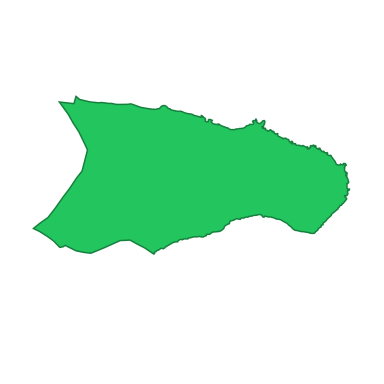 Mrémani, Andjouân, Comoros (Equal Earth projection), rotated 285°
{"feature_id": "10938185B83207987774368", "entity_name": "Mrémani", "entity_type": "district", "adm_level": 2, "iso_a3": "COM", "parent_name": "Comoros", "parent_adm1": "Andjouân", "projection": "equal_earth", "projection_center": [44.513, -12.33], "detail": "fine", "context": "isolated", "style": "filled", "palette": "green", "viewbox_px": 384, "rotation_deg": 285, "n_neighbors": 0, "source": "geoboundaries", "source_scale": "gbopen_adm2", "svg_char_len": 6111}
<svg xmlns="http://www.w3.org/2000/svg" viewBox="0 0 384 384"><g transform="rotate(285 192 192)"><path d="M115.7,48.3L114.4,55.1L111.3,64.9L108.8,71.2L104.3,78.6L105.7,81.6L107.6,83.3L105.2,95.3L105.7,103.4L106.7,110.2L115.4,121.6L126.5,135.2L129.5,144.6L127.6,152.2L125.7,160.9L122.2,171.1L122.8,171.8L123.5,171.3L124.2,171.4L125.3,172.8L126.3,173.3L127.7,175.2L129.3,176.3L129.6,176.7L129.7,178.4L129.9,179.1L130.7,179.9L132.1,180.7L137.5,186.0L138.5,187.2L138.8,187.8L139.4,188.5L140.2,191.1L141.1,191.1L141.7,191.5L142.8,192.6L143.2,193.2L143.5,195.2L144.8,196.7L145.4,199.5L145.8,200.3L146.4,200.3L146.9,200.9L147.2,202.1L148.4,203.9L148.9,204.9L149.5,206.4L149.8,208.1L150.9,210.3L151.1,213.1L151.5,214.5L151.9,215.1L152.5,215.3L152.8,216.1L153.7,217.2L155.0,217.1L155.6,219.7L156.5,220.7L157.6,221.4L158.6,222.3L160.9,228.4L161.1,228.9L162.3,230.2L164.7,232.0L165.4,232.2L167.0,232.3L167.9,232.7L170.0,234.6L171.1,236.3L173.5,236.2L174.1,237.0L175.5,239.5L177.4,241.5L177.8,242.2L177.9,244.9L178.3,245.9L179.1,245.9L179.8,246.7L180.4,249.2L181.5,250.0L181.9,250.9L182.1,252.5L182.7,253.1L183.3,253.5L183.7,254.9L184.2,255.5L184.4,256.5L185.4,257.6L186.2,260.4L187.0,261.4L187.7,262.9L187.8,264.3L187.7,265.1L186.3,266.9L186.2,267.4L186.4,268.1L186.9,268.4L187.3,268.3L187.5,268.6L187.6,269.9L187.7,272.7L188.2,274.1L188.2,277.6L188.1,279.0L187.8,279.8L187.8,281.1L188.1,282.7L188.1,285.1L187.0,288.9L186.4,291.8L184.6,294.9L184.2,296.4L182.6,298.8L181.7,301.2L181.8,302.7L182.0,303.6L182.0,307.8L182.5,309.9L183.0,315.4L182.8,316.6L183.1,318.9L183.7,320.6L184.1,321.0L184.7,321.4L185.6,321.6L187.4,323.1L188.0,323.4L189.2,323.5L190.9,324.8L191.6,325.7L192.4,325.6L193.1,325.2L193.7,326.0L194.2,327.0L194.8,327.0L195.7,326.6L198.0,328.4L199.3,329.1L200.5,329.4L205.3,332.5L206.7,332.6L213.5,337.4L214.8,337.4L215.7,338.2L217.0,338.3L217.9,339.7L218.2,339.9L218.7,339.9L218.9,340.2L219.4,340.2L220.4,341.1L225.2,343.2L225.5,343.2L226.4,342.2L226.9,341.0L227.5,340.4L228.0,340.5L228.3,340.9L228.3,342.1L228.6,342.5L230.7,343.1L231.3,342.5L232.3,342.4L232.8,342.1L233.0,341.9L233.6,341.9L234.0,342.4L234.1,343.0L234.5,343.3L235.5,343.4L235.6,343.0L234.9,341.9L235.7,341.0L236.3,340.6L237.5,340.1L238.9,340.0L239.9,339.4L241.3,340.7L242.3,340.8L242.7,340.3L245.1,339.0L246.4,337.5L247.2,336.9L247.3,337.5L247.6,337.6L248.1,336.2L249.2,336.2L249.4,337.1L249.6,337.2L250.7,336.7L251.0,336.3L250.9,336.1L250.3,336.0L250.2,335.8L251.4,334.5L252.0,334.2L252.2,333.7L254.1,333.4L255.2,332.8L255.6,333.2L256.0,333.3L257.1,332.7L257.3,332.9L257.7,334.0L257.9,334.0L258.4,333.2L259.0,333.0L259.1,332.6L259.0,331.7L258.7,330.9L258.1,330.8L257.6,331.0L257.3,330.7L257.1,329.1L257.4,328.2L256.4,327.7L256.0,327.2L255.9,325.9L256.2,324.4L256.6,323.7L258.4,322.5L259.7,320.7L262.5,317.3L263.2,316.9L263.3,316.3L262.9,315.6L262.7,314.4L263.1,313.1L263.8,312.7L264.1,312.9L264.6,312.4L264.8,312.6L265.0,312.2L264.4,311.8L264.3,311.6L264.5,311.3L264.4,309.5L264.7,309.1L265.1,309.1L265.4,308.7L264.8,307.6L264.7,307.0L265.6,306.1L265.7,305.8L265.7,305.3L266.4,304.9L266.7,304.5L267.2,304.4L267.3,303.8L267.1,303.2L266.1,303.3L266.0,302.4L267.2,299.6L267.6,299.6L268.2,299.9L268.5,299.7L268.6,299.1L267.6,298.6L267.5,298.3L267.7,298.1L268.6,298.0L268.7,297.3L268.2,297.0L268.1,296.2L267.4,296.1L267.5,294.7L267.1,294.4L266.6,294.5L265.6,295.0L265.4,294.8L265.0,294.1L264.4,294.0L263.7,293.4L263.5,292.9L263.7,292.4L264.1,292.3L265.0,292.4L265.5,292.0L265.5,291.6L264.5,291.5L265.6,287.5L265.6,287.0L264.7,286.5L264.9,284.3L264.8,283.1L264.4,281.7L264.2,280.5L264.8,279.8L265.4,279.5L265.4,279.2L265.0,278.3L265.3,277.6L265.3,277.1L264.5,276.6L264.5,276.2L265.3,275.8L266.2,276.1L266.6,276.0L266.8,275.4L266.6,274.8L265.3,274.9L265.1,274.6L265.1,274.1L266.6,272.4L267.4,272.0L267.7,271.3L267.5,270.2L268.1,269.3L268.2,268.5L267.8,267.9L267.8,266.9L267.1,266.3L267.0,265.8L267.5,265.0L268.2,261.1L268.5,260.5L269.2,260.1L269.5,259.7L270.0,259.5L270.4,259.7L270.5,259.2L269.5,258.1L270.0,257.2L270.0,256.6L270.3,256.1L271.0,255.8L271.6,255.0L271.6,254.4L270.9,254.3L270.9,253.9L271.5,253.6L271.7,253.0L272.4,252.1L272.4,251.5L271.5,250.8L270.9,250.6L270.8,249.7L270.4,249.4L271.0,248.3L271.1,247.1L271.4,246.7L272.1,246.7L272.4,246.5L272.5,246.1L272.1,245.4L271.9,244.7L271.9,243.6L272.4,243.5L272.8,244.3L273.1,243.8L272.8,243.1L273.0,242.8L273.6,243.7L274.3,243.7L274.4,244.0L274.7,243.9L274.9,244.1L275.9,244.1L276.6,244.5L277.4,244.2L278.6,244.3L279.3,243.9L279.7,243.3L279.2,242.3L278.9,241.9L276.0,240.4L275.5,239.1L275.7,237.6L276.3,236.3L277.6,236.2L278.4,235.4L278.7,235.2L278.9,235.1L278.8,234.7L277.3,234.8L277.0,234.6L277.1,233.3L276.3,232.4L275.7,232.3L275.0,233.3L274.5,233.8L273.7,233.7L273.3,233.4L272.8,232.4L272.2,230.1L271.5,229.9L270.8,229.1L270.0,227.4L268.4,226.7L267.9,226.3L266.9,224.9L266.3,223.7L265.7,221.6L264.9,220.4L264.4,218.5L263.5,217.3L263.2,216.6L262.4,213.9L262.3,212.3L262.5,211.5L263.0,210.7L263.1,209.1L263.0,208.2L263.3,207.2L263.3,206.6L263.2,206.1L263.5,204.6L263.6,203.1L263.8,202.2L264.5,200.6L264.5,199.8L263.9,199.9L263.7,199.8L263.7,198.3L263.4,196.4L263.4,194.8L263.6,193.9L265.0,192.3L266.1,192.8L266.2,193.1L266.4,193.1L266.6,192.7L266.4,192.3L266.8,191.1L266.5,189.7L266.0,189.2L264.2,189.5L263.8,189.1L263.7,187.1L263.9,186.5L264.3,186.3L265.2,186.4L266.6,185.6L266.8,184.3L267.6,183.4L267.8,182.9L267.9,182.6L268.3,181.9L268.3,181.2L267.9,181.2L267.2,182.1L266.8,182.1L266.5,181.6L266.5,179.9L266.6,179.3L266.5,174.8L267.1,171.6L266.6,167.6L266.6,164.5L267.2,160.4L266.2,157.3L265.9,150.4L266.6,149.4L266.7,148.6L266.5,147.9L266.8,147.1L268.0,145.1L268.4,143.7L268.4,143.0L268.0,141.9L267.5,141.0L267.0,140.4L264.2,138.9L262.3,135.1L261.7,132.2L260.9,125.5L260.5,120.5L261.3,111.2L261.2,109.9L260.0,107.0L257.5,98.2L256.9,95.4L256.8,91.5L256.1,89.1L255.0,81.3L253.9,78.5L253.4,74.9L253.0,73.0L252.6,69.9L252.3,59.9L252.6,58.8L253.5,57.1L254.3,55.2L246.8,55.1L244.6,40.6L235.1,52.3L227.8,59.4L220.9,67.1L210.5,76.1L205.5,80.2L183.8,80.4L175.4,76.8L164.1,73.0L153.8,68.8L141.2,64.2L130.1,59.5L122.1,52.9L115.7,48.3Z" fill="#22c55e" stroke="#15803d" stroke-width="1.5"/></g></svg>